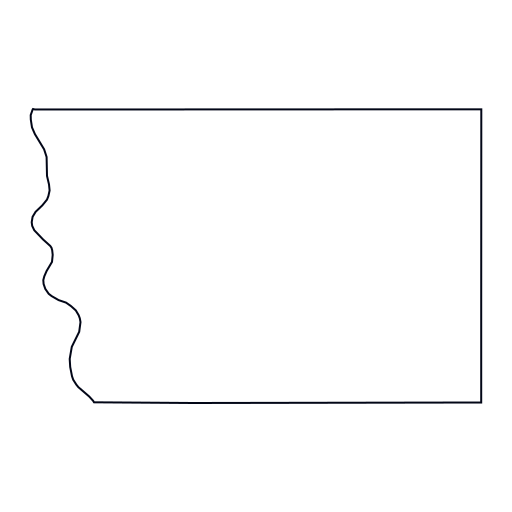 Mills, Iowa, United States of America (Natural Earth projection)
{"feature_id": "52423323B88148512368215", "entity_name": "Mills", "entity_type": "district", "adm_level": 2, "iso_a3": "USA", "parent_name": "United States of America", "parent_adm1": "Iowa", "projection": "natural_earth1", "projection_center": [-95.828, 41.031], "detail": "fine", "context": "isolated", "style": "outline", "palette": "ink", "viewbox_px": 512, "rotation_deg": 0, "n_neighbors": 0, "source": "geoboundaries", "source_scale": "gbopen_adm2", "svg_char_len": 747}
<svg xmlns="http://www.w3.org/2000/svg" viewBox="0 0 512 512"><path d="M94.0,402.3L192.6,403.0L481.2,402.5L481.2,305.0L481.3,109.3L35.0,109.5L33.0,109.0L32.7,109.4L30.7,115.1L30.8,119.6L32.0,127.4L34.9,134.1L44.1,149.3L46.6,157.0L47.0,175.9L49.0,184.4L49.6,190.5L48.4,196.0L47.0,199.6L42.3,205.4L35.6,211.8L32.6,216.8L31.7,222.2L32.2,225.9L34.3,230.3L43.1,239.5L50.3,246.0L51.5,247.8L52.2,250.3L52.7,254.9L52.0,261.9L46.6,271.0L44.3,276.3L43.3,280.1L43.6,284.0L45.3,288.9L48.7,293.8L51.8,296.2L58.6,300.1L66.0,302.6L71.0,306.1L75.8,310.4L78.7,315.3L79.8,318.3L80.5,322.1L79.2,331.8L71.8,346.8L69.7,358.9L70.2,367.0L72.0,376.2L73.2,379.7L76.3,384.6L78.4,387.2L89.2,396.5L93.2,400.9L94.0,402.3Z" fill="none" stroke="#020617" stroke-width="2"/></svg>